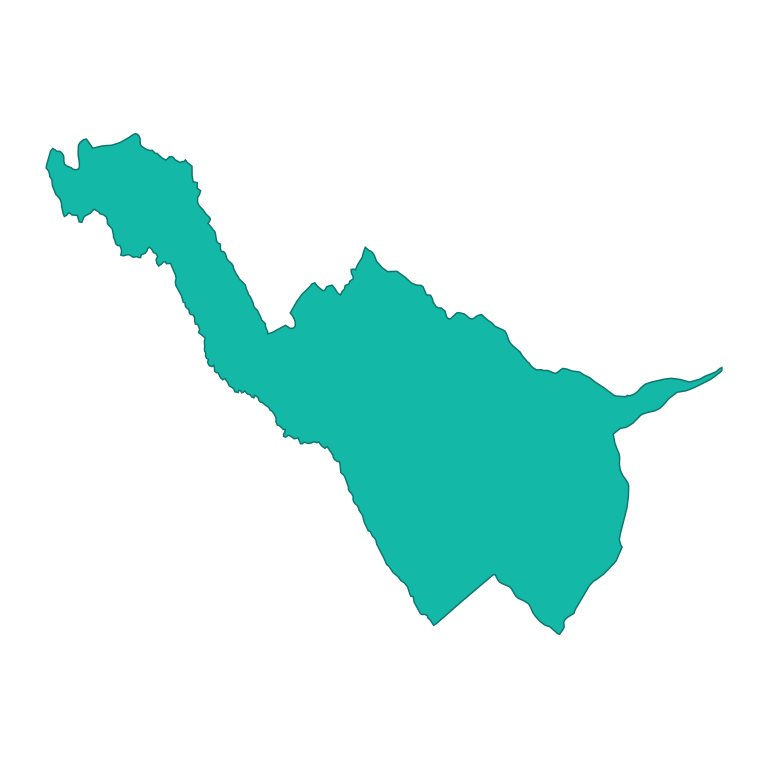 Kandara, Central, Kenya (Equal Earth projection)
{"feature_id": "3690345B86008432218279", "entity_name": "Kandara", "entity_type": "district", "adm_level": 2, "iso_a3": "KEN", "parent_name": "Kenya", "parent_adm1": "Central", "projection": "equal_earth", "projection_center": [37.007, -0.881], "detail": "fine", "context": "isolated", "style": "filled", "palette": "teal", "viewbox_px": 768, "rotation_deg": 0, "n_neighbors": 0, "source": "geoboundaries", "source_scale": "gbopen_adm2", "svg_char_len": 6081}
<svg xmlns="http://www.w3.org/2000/svg" viewBox="0 0 768 768"><path d="M574.0,613.3L574.9,610.4L576.1,608.1L589.3,585.8L593.4,581.3L597.0,579.1L603.9,573.9L614.0,563.3L616.2,560.7L622.1,547.0L620.9,545.2L619.3,539.7L620.2,534.3L626.9,508.1L628.4,496.2L628.7,486.0L628.1,483.6L626.8,481.1L622.8,475.6L620.3,470.2L619.4,464.6L619.7,457.6L619.2,454.3L615.0,443.7L613.2,434.1L620.5,428.2L624.7,427.7L627.3,426.7L633.0,423.1L640.7,415.2L643.5,413.8L647.8,412.4L654.9,410.8L659.7,408.4L663.5,404.9L668.7,398.7L677.0,392.3L685.9,390.8L688.5,389.9L694.5,387.5L710.8,379.3L720.4,372.1L721.9,370.3L721.9,367.6L720.0,368.4L715.7,372.0L704.9,376.3L699.8,379.2L689.5,382.1L680.0,379.4L671.2,378.3L664.5,379.1L652.2,381.9L646.2,383.8L644.3,384.9L640.9,387.8L637.7,391.5L634.3,394.0L629.3,396.0L627.3,395.4L625.5,396.7L615.5,396.0L613.7,395.1L603.2,387.3L594.6,381.7L590.0,377.8L583.9,374.9L579.8,372.1L571.7,370.9L567.2,369.2L562.9,368.4L561.0,369.5L557.2,372.6L554.9,373.4L547.6,370.4L543.4,370.5L541.5,369.7L536.6,369.9L533.0,367.7L530.6,365.5L528.9,362.9L527.2,361.5L522.1,355.5L520.2,352.1L513.1,346.1L510.7,343.6L509.1,341.1L506.6,334.2L505.1,331.3L503.2,330.0L495.3,326.5L491.6,322.7L487.7,320.1L481.5,314.6L478.7,315.2L476.5,316.2L474.4,318.0L471.9,319.0L469.8,318.4L464.2,313.9L458.9,312.6L456.6,313.0L450.8,318.6L448.7,319.0L446.7,317.1L444.9,310.9L441.0,307.9L438.3,308.1L436.0,306.5L433.0,301.9L432.5,299.1L430.6,295.3L426.4,294.8L423.1,286.9L421.1,285.4L416.6,285.1L411.4,283.0L405.3,277.4L396.9,271.3L387.5,271.6L382.3,267.8L376.6,261.4L374.2,255.1L372.4,252.5L370.7,251.1L369.0,250.5L365.3,247.3L363.5,252.1L362.3,257.1L357.3,265.3L355.6,269.8L353.6,269.1L351.1,269.5L351.5,273.5L353.0,276.2L353.2,278.8L349.7,281.3L349.1,283.8L345.2,285.6L344.4,289.1L342.1,291.5L340.4,295.0L337.8,293.2L334.8,288.4L332.0,285.1L326.7,286.7L325.1,289.8L323.0,290.8L317.5,286.3L314.9,282.8L311.8,284.0L310.6,285.9L301.9,294.4L297.1,301.0L290.2,313.0L292.0,315.0L294.0,318.3L295.2,321.8L295.3,325.8L294.1,327.7L292.2,328.4L289.9,328.2L285.5,325.3L271.8,332.7L267.7,333.8L267.6,331.3L266.5,329.3L265.5,326.2L265.1,323.4L261.4,319.7L260.8,317.5L257.5,310.5L254.4,307.4L253.5,305.3L253.2,303.1L250.5,297.1L248.5,294.4L247.5,291.3L246.2,289.0L245.8,286.6L244.9,284.4L239.1,278.8L237.9,276.2L236.6,274.7L235.6,272.7L233.5,268.2L233.1,265.8L231.7,263.6L228.0,260.4L226.8,258.5L225.3,253.4L223.6,251.5L221.2,251.4L220.4,248.4L220.4,244.2L218.2,243.1L216.6,241.4L215.4,233.5L214.7,231.4L213.3,230.1L212.0,228.1L207.9,223.5L209.5,221.4L210.4,219.0L209.2,217.1L205.8,213.9L202.8,209.6L199.0,205.6L197.9,203.1L197.5,200.9L197.7,197.4L199.5,194.4L200.6,190.7L197.1,188.1L197.2,182.6L193.1,181.9L192.1,175.4L192.0,166.2L187.0,162.3L185.4,159.9L183.9,161.5L181.8,161.6L180.1,162.5L175.0,159.7L173.3,157.4L171.7,156.6L169.4,156.7L167.6,158.8L165.7,160.0L162.1,158.0L157.1,153.5L155.2,153.3L152.3,150.3L149.9,150.5L145.9,149.2L141.5,146.1L140.4,144.3L140.0,138.4L139.0,136.0L137.5,134.4L135.8,133.7L133.9,134.2L126.5,139.0L119.4,142.8L111.8,145.2L102.3,145.9L92.8,148.2L86.5,139.1L83.7,139.6L80.1,142.5L78.5,145.0L78.1,151.6L78.2,155.6L79.3,161.8L79.4,167.0L78.6,169.0L75.7,169.8L73.1,169.2L71.1,167.7L67.1,166.2L64.5,164.2L63.8,160.8L63.8,157.3L63.2,154.9L62.1,153.3L59.9,151.3L56.8,151.3L54.8,149.6L52.7,148.5L50.6,151.1L46.7,164.5L46.1,168.0L48.4,170.7L49.3,173.3L49.9,176.8L51.9,179.7L52.4,185.7L55.7,194.1L59.7,198.6L60.6,200.6L61.4,203.1L61.7,206.6L63.2,213.7L64.4,216.5L66.9,215.0L68.5,212.9L70.5,213.5L72.0,215.0L77.3,215.4L79.2,221.9L81.8,222.4L83.5,217.9L84.7,216.2L90.5,213.1L93.9,209.2L98.7,211.8L99.7,213.6L103.7,214.9L106.1,216.7L107.3,220.1L107.5,223.8L112.2,229.0L113.4,234.6L113.5,237.3L114.9,240.5L115.9,244.0L117.7,245.6L119.9,245.6L121.0,248.3L121.6,251.5L120.8,255.1L123.2,255.8L127.4,254.8L129.3,254.8L133.2,257.3L136.8,256.6L138.8,257.6L140.6,257.6L141.3,254.7L145.3,253.2L146.8,251.0L147.8,248.5L149.4,247.1L151.6,249.2L153.5,252.5L155.9,253.5L157.7,256.3L156.1,259.5L156.9,263.4L158.7,266.0L161.3,264.2L163.3,262.0L165.2,261.7L166.5,263.7L170.5,263.4L175.6,275.3L176.1,278.7L175.3,281.8L175.9,285.5L181.5,295.9L183.2,302.1L185.2,303.1L185.2,305.6L186.2,307.6L187.8,308.7L189.2,310.5L189.3,312.8L190.5,314.4L193.2,315.0L194.7,317.9L194.7,321.1L195.4,324.1L197.7,324.3L199.7,329.2L198.6,332.5L205.3,338.0L204.4,340.5L204.4,343.6L204.9,346.4L204.4,348.6L204.6,350.9L205.8,353.1L205.5,356.3L206.6,358.3L208.4,359.3L207.6,362.5L209.3,365.7L212.0,366.6L213.7,365.3L214.5,368.2L214.6,371.3L216.5,372.6L218.1,372.8L220.6,377.9L222.8,379.8L224.8,378.4L227.8,382.6L229.0,385.6L233.7,388.6L234.9,391.8L238.2,392.5L238.9,390.4L240.6,390.7L241.7,392.8L243.3,392.3L244.7,390.9L247.7,394.2L250.0,394.6L251.8,397.0L253.8,397.9L254.7,395.3L258.2,397.4L258.7,400.0L260.4,402.1L262.3,402.4L265.8,405.5L267.4,406.4L269.0,407.8L270.2,410.2L271.9,411.1L273.8,413.4L276.2,418.2L275.9,421.6L277.3,425.0L279.9,426.0L283.3,429.5L285.3,429.5L284.8,432.0L283.5,434.1L283.6,436.3L285.7,437.2L288.1,435.3L290.1,435.9L294.2,438.8L298.1,438.0L300.6,443.7L302.3,443.8L303.9,442.2L308.7,443.5L311.2,443.0L312.9,442.1L314.6,441.9L316.9,442.7L318.7,442.0L321.5,445.7L324.9,448.3L327.1,446.5L332.9,455.1L333.3,457.5L334.8,459.7L336.6,461.0L339.8,462.1L340.8,472.5L344.1,475.5L345.4,478.4L348.4,486.8L348.5,489.5L349.6,491.6L351.2,493.0L353.2,496.5L353.0,498.9L353.4,501.2L355.1,503.7L357.3,505.6L358.6,508.0L359.1,510.3L362.6,515.5L364.3,522.4L368.2,530.6L370.3,531.6L372.7,536.4L374.8,538.3L376.0,540.4L376.7,544.1L384.1,558.5L386.7,564.6L388.6,565.9L393.3,572.8L398.3,576.9L401.0,580.7L404.4,582.9L407.6,586.8L409.9,594.2L410.9,596.3L413.2,596.6L414.2,602.3L420.4,613.6L422.1,614.5L424.6,614.4L427.2,615.4L428.0,618.1L430.1,619.8L433.6,625.3L436.4,623.6L459.9,603.0L493.0,574.9L495.2,574.7L497.9,580.0L499.7,582.1L501.9,583.5L509.1,586.5L511.4,588.6L515.7,596.1L518.2,598.2L524.8,601.3L528.1,603.5L529.5,605.1L532.9,612.6L534.7,615.4L539.8,621.2L544.8,625.0L549.9,626.8L557.7,633.7L559.5,634.3L562.9,629.7L564.2,627.0L563.7,622.1L565.1,619.4L567.5,617.3L574.0,613.3Z" fill="#14b8a6" stroke="#0f766e" stroke-width="1.5"/></svg>